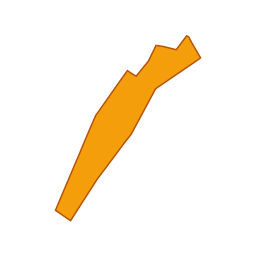 Francisco Santos, Piauí, Brazil, rotated 206°
{"feature_id": "56859067B27447279737668", "entity_name": "Francisco Santos", "entity_type": "district", "adm_level": 2, "iso_a3": "BRA", "parent_name": "Brazil", "parent_adm1": "Piauí", "projection": "robinson", "projection_center": [-41.157, -7.004], "detail": "fine", "context": "isolated", "style": "filled", "palette": "amber", "viewbox_px": 256, "rotation_deg": 206, "n_neighbors": 0, "source": "geoboundaries", "source_scale": "gbopen_adm2", "svg_char_len": 591}
<svg xmlns="http://www.w3.org/2000/svg" viewBox="0 0 256 256"><g transform="rotate(206 128 128)"><path d="M153.7,179.3L156.3,163.7L162.5,125.1L162.0,113.0L161.9,110.0L160.7,88.5L160.3,83.1L159.8,72.1L158.3,43.6L157.1,22.2L139.0,19.5L133.3,68.3L131.3,78.5L130.3,83.5L129.3,89.0L126.8,101.9L125.0,111.8L122.4,123.6L120.4,175.4L115.8,183.5L95.8,218.6L93.5,222.8L106.1,231.3L108.6,233.0L109.7,233.8L113.4,236.5L115.7,236.5L116.5,232.3L116.9,230.3L119.0,219.5L132.1,216.7L139.0,214.5L139.0,197.1L143.4,178.2L148.0,178.5L153.7,179.3Z" fill="#f59e0b" stroke="#b45309" stroke-width="1.5"/></g></svg>